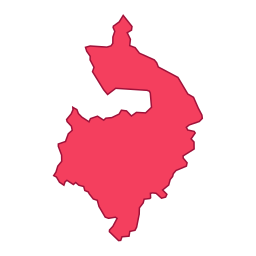 map outline of Warwickshire (Mercator projection)
{"feature_id": "GBR-2750", "entity_name": "Warwickshire", "entity_type": "Administrative County", "adm_level": 1, "iso_a3": "GBR", "parent_name": "United Kingdom", "parent_adm1": "", "projection": "mercator", "projection_center": [-1.585, 52.316], "detail": "fine", "context": "isolated", "style": "filled", "palette": "rose", "viewbox_px": 256, "rotation_deg": 0, "n_neighbors": 0, "source": "natural_earth", "source_scale": "10m", "svg_char_len": 1636}
<svg xmlns="http://www.w3.org/2000/svg" viewBox="0 0 256 256"><path d="M108.5,218.3L105.2,217.1L99.0,206.5L97.3,200.3L93.3,199.0L89.3,193.9L88.2,191.9L84.8,190.5L83.7,186.5L78.8,185.2L75.7,182.5L73.4,184.5L66.9,180.3L65.0,182.0L63.9,185.2L59.5,182.2L56.5,177.1L53.7,175.6L56.0,172.0L57.8,166.1L61.7,161.3L61.6,155.1L58.3,146.3L58.3,144.0L65.5,141.5L68.3,133.8L72.2,130.3L71.4,126.2L67.1,121.6L66.6,119.5L71.2,113.9L73.0,109.7L72.8,107.3L74.5,108.3L76.9,109.6L78.4,113.6L81.8,117.1L89.0,121.8L90.5,118.6L97.5,116.2L103.7,120.2L105.8,118.2L111.8,117.6L119.1,114.1L121.4,110.2L126.5,110.9L131.4,116.0L136.4,112.4L145.6,112.9L151.5,107.3L150.3,93.0L149.4,91.2L147.0,90.3L115.7,88.3L107.6,94.5L103.7,89.8L92.5,71.7L94.0,67.3L90.1,59.9L90.2,56.3L86.7,51.2L85.5,47.3L90.1,46.0L106.9,47.1L111.1,45.8L112.8,43.3L112.9,37.0L114.8,31.3L113.1,27.5L113.4,26.1L119.2,21.9L123.2,15.4L132.0,26.5L131.5,30.1L127.2,32.7L130.4,39.3L129.7,45.6L135.1,47.6L139.4,53.2L154.3,59.9L156.7,62.8L158.3,67.0L177.9,77.4L187.8,94.0L193.5,97.3L198.2,108.0L201.9,115.1L202.3,118.4L199.3,121.5L189.3,124.9L186.3,127.3L187.7,130.0L194.1,131.4L195.2,133.0L191.1,138.9L194.0,142.0L194.1,149.0L183.1,155.9L183.2,158.1L187.1,162.8L186.4,166.1L176.0,170.5L173.3,173.7L172.6,176.5L170.2,179.5L168.7,185.0L162.6,190.0L166.9,194.3L165.6,197.1L161.5,198.2L156.1,193.3L152.6,192.9L150.4,193.3L150.6,197.8L149.8,198.5L144.1,199.2L143.2,202.9L139.4,207.8L139.2,214.1L136.6,227.2L135.0,230.3L129.8,231.4L129.0,236.2L122.0,236.8L120.7,240.4L118.6,240.6L109.4,231.7L109.5,230.0L112.9,226.3L117.1,218.4L115.4,217.2L108.5,218.3Z" fill="#f43f5e" stroke="#9f1239" stroke-width="1.5"/></svg>